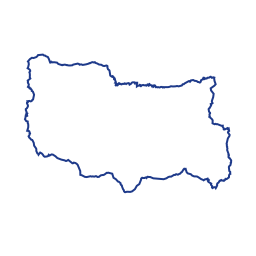 Arefu, Arges, Romania (Robinson projection), rotated 276°
{"feature_id": "2599482B67158814098858", "entity_name": "Arefu", "entity_type": "district", "adm_level": 2, "iso_a3": "ROU", "parent_name": "Romania", "parent_adm1": "Arges", "projection": "robinson", "projection_center": [24.656, 45.456], "detail": "fine", "context": "isolated", "style": "outline", "palette": "blue", "viewbox_px": 256, "rotation_deg": 276, "n_neighbors": 0, "source": "geoboundaries", "source_scale": "gbopen_adm2", "svg_char_len": 5836}
<svg xmlns="http://www.w3.org/2000/svg" viewBox="0 0 256 256"><g transform="rotate(276 128 128)"><path d="M106.6,234.0L108.7,232.2L108.9,231.5L109.7,230.9L111.2,231.2L111.7,230.7L112.1,231.0L116.5,228.9L118.2,229.0L118.9,228.6L119.8,228.6L120.3,228.2L122.1,228.0L122.6,227.7L128.1,228.4L130.7,229.7L131.8,229.8L133.9,227.9L134.8,228.0L135.7,228.9L137.9,228.2L137.5,227.8L137.9,227.6L137.6,227.1L138.2,226.8L136.3,223.8L136.8,224.1L136.6,223.5L136.8,223.3L137.4,223.5L139.2,222.0L140.2,222.0L140.0,220.7L141.2,216.4L141.0,215.6L141.3,214.7L140.8,213.8L141.5,211.6L144.5,211.4L145.8,210.3L146.8,208.8L147.4,208.5L147.6,207.7L148.7,207.9L149.9,207.6L150.6,207.7L151.1,208.1L151.7,208.0L152.7,206.9L155.2,206.2L156.0,206.6L156.2,207.0L159.2,208.3L160.5,207.8L161.1,209.1L161.6,209.5L162.8,208.7L163.7,208.6L167.6,209.5L171.0,209.6L174.0,206.7L176.1,206.1L179.1,209.5L180.7,210.6L183.9,209.1L186.3,208.5L187.0,208.6L187.0,208.2L187.3,208.0L187.3,207.3L186.8,206.7L186.7,206.0L187.6,205.0L187.6,204.6L186.5,203.3L186.3,201.8L185.4,201.1L185.5,200.3L184.9,199.4L185.9,198.5L185.9,197.8L185.4,197.6L185.2,198.1L184.4,198.0L184.4,197.6L183.2,195.7L181.6,195.5L180.7,194.7L181.1,193.3L181.1,192.5L181.5,192.1L181.9,190.8L181.9,189.2L182.5,188.0L182.3,186.7L181.9,186.1L181.9,185.6L180.5,184.8L181.1,183.9L181.0,183.6L178.3,179.7L177.4,178.9L177.2,177.8L175.9,177.1L174.7,174.0L174.9,172.4L174.4,170.9L174.0,168.3L174.0,166.3L173.4,165.3L172.8,163.5L172.5,160.3L172.1,159.8L172.4,159.2L171.9,158.4L172.4,157.6L172.3,156.4L171.6,155.3L171.8,153.6L171.5,153.0L171.7,152.3L171.5,151.4L173.0,150.6L173.2,149.7L171.8,149.2L171.5,148.8L172.5,148.2L172.0,147.5L172.9,147.0L173.0,145.6L174.0,144.7L173.8,144.4L172.8,144.7L172.2,144.2L172.5,143.6L173.1,143.3L173.3,142.8L172.3,142.1L172.0,141.7L172.4,140.9L172.1,139.6L172.4,138.6L171.9,137.3L170.9,136.4L171.0,136.1L172.0,135.9L172.2,135.2L171.3,134.4L170.9,133.2L170.3,132.5L171.4,132.4L172.1,131.9L173.0,132.5L174.0,132.4L173.8,130.6L173.3,130.1L174.0,129.8L174.1,129.4L173.9,127.9L173.4,127.0L172.1,126.2L171.3,125.0L172.6,124.3L172.7,123.8L172.1,122.1L171.5,121.5L172.0,120.5L172.0,119.8L171.4,119.5L171.3,117.6L170.7,117.1L170.7,116.6L171.1,115.8L170.9,115.1L171.6,114.7L171.6,114.2L170.0,113.2L169.5,113.3L169.2,112.9L169.3,111.8L169.1,111.4L169.3,111.2L171.1,111.8L171.4,111.5L171.6,110.6L172.2,111.0L173.0,110.9L173.4,110.5L175.6,109.7L175.3,109.0L176.8,108.7L177.0,107.8L177.8,107.6L178.0,107.2L177.4,106.4L178.3,104.9L183.1,103.6L183.5,103.3L184.3,102.0L186.0,101.2L187.4,101.1L187.7,100.7L187.9,100.0L187.1,97.8L187.3,96.4L188.1,94.9L188.1,92.6L188.9,90.8L189.3,89.0L189.5,88.4L190.0,88.1L189.6,86.9L189.8,85.9L189.5,85.0L188.5,83.5L188.5,82.8L188.0,82.4L186.9,79.6L186.0,76.4L186.4,74.7L185.9,73.2L186.4,72.8L186.8,71.3L185.3,66.8L184.6,66.2L184.1,63.8L184.0,61.8L184.3,60.7L184.1,60.3L184.4,59.1L184.3,57.8L183.8,56.7L183.9,56.0L183.6,55.8L184.4,52.0L185.6,50.6L185.7,47.8L185.5,46.6L185.6,46.2L185.3,45.6L185.5,44.8L185.3,44.5L185.7,44.4L185.2,43.6L188.2,42.2L190.2,40.9L190.9,38.6L191.4,37.9L191.4,36.7L192.1,35.7L191.1,30.9L189.9,30.3L188.9,29.3L187.7,26.7L187.8,25.1L186.2,23.2L183.7,21.5L183.0,22.2L181.0,22.7L177.8,22.3L177.0,21.9L175.8,24.1L175.2,24.6L174.4,24.8L173.1,24.1L172.4,24.5L170.4,24.9L168.2,25.0L167.0,25.7L164.7,23.3L163.4,23.8L163.1,23.6L162.4,23.8L161.0,24.8L159.6,24.7L158.4,24.2L158.0,25.0L158.1,25.5L157.5,25.8L157.7,26.1L157.2,26.5L157.2,26.8L156.7,26.9L156.6,27.5L155.9,28.2L154.8,28.4L154.6,29.1L154.1,29.7L151.3,31.1L146.4,30.6L145.8,29.8L144.8,29.4L144.3,28.5L144.6,27.0L144.1,25.2L143.3,25.7L142.6,24.9L142.1,24.9L140.1,26.1L139.0,26.2L137.1,25.4L136.1,24.4L135.2,24.5L133.2,25.5L131.9,25.4L132.2,25.9L132.0,26.3L131.2,25.9L129.6,26.5L129.4,26.2L129.6,25.0L127.2,24.9L126.0,24.6L124.3,26.0L124.0,27.6L122.3,27.8L121.6,28.3L119.8,28.6L118.1,28.7L115.0,28.1L115.1,28.4L114.5,29.0L114.8,29.5L114.3,30.2L112.4,31.1L112.1,30.7L111.4,30.9L110.1,30.5L109.4,30.0L108.1,30.8L107.7,31.5L106.3,32.9L106.1,34.0L105.3,34.6L103.4,35.8L100.6,36.5L98.1,38.7L97.5,39.0L95.6,39.2L93.3,40.5L93.1,41.3L92.1,41.8L94.4,43.2L93.6,45.0L92.7,46.0L91.2,47.2L90.7,48.2L91.2,50.3L91.7,51.4L93.1,52.0L92.4,52.9L93.7,54.7L93.7,56.0L92.3,58.8L90.7,60.9L89.6,65.0L89.2,68.3L88.7,69.7L88.9,70.4L90.0,71.9L87.1,76.4L87.3,77.2L87.9,77.7L87.7,79.3L87.1,80.6L86.1,81.8L80.2,85.0L76.4,85.5L76.2,87.0L74.9,90.2L74.9,92.1L76.1,95.7L75.9,97.0L76.2,97.9L76.1,99.5L76.8,101.2L76.1,102.9L76.3,103.3L76.3,104.1L78.0,105.8L78.6,107.6L78.6,108.2L79.2,109.4L81.2,111.5L81.2,112.3L81.5,113.0L80.9,117.1L77.0,118.8L75.8,121.3L73.7,123.6L73.6,124.5L72.3,126.4L71.4,126.5L70.6,127.1L70.2,127.9L69.3,128.1L66.6,129.5L65.9,130.2L64.6,130.7L63.9,131.5L63.9,132.1L64.5,133.6L64.7,137.0L65.4,138.7L67.9,141.3L71.4,142.8L73.4,145.1L78.0,146.4L79.1,146.4L80.0,147.3L79.8,148.1L80.0,149.9L80.5,150.3L80.8,151.2L80.3,151.7L81.1,152.1L81.6,152.7L81.4,153.9L81.6,155.1L80.6,158.4L80.8,168.8L82.0,171.5L83.2,172.9L83.9,174.2L84.2,176.1L86.2,178.7L86.2,179.7L87.1,180.7L86.8,182.5L87.9,184.1L88.1,184.7L89.5,185.6L89.8,186.2L92.7,187.6L93.4,188.2L93.4,188.9L92.9,188.6L92.9,189.1L93.2,189.6L90.1,191.0L89.1,192.2L88.6,195.3L87.4,196.8L86.8,198.8L87.0,201.6L86.4,203.1L84.8,206.1L84.2,208.3L83.9,208.7L85.1,210.1L85.1,210.8L85.9,212.3L85.0,212.5L84.9,213.2L85.1,213.5L84.7,213.9L83.5,213.1L82.8,213.6L81.4,216.6L80.3,216.4L78.9,217.8L77.7,217.7L77.1,218.3L78.0,219.6L78.2,220.3L78.0,221.2L77.4,221.6L78.5,222.1L79.2,222.1L79.8,222.6L80.7,222.7L81.4,222.4L82.4,222.8L83.2,223.8L85.0,224.6L85.6,225.4L85.4,225.7L86.0,226.3L85.6,227.0L85.6,227.8L85.9,228.3L85.5,228.9L86.4,229.8L87.4,230.2L87.2,230.5L87.6,231.5L89.4,233.5L91.8,233.5L93.2,234.2L93.2,234.5L95.1,234.2L95.6,233.4L96.0,233.2L99.7,232.4L100.5,232.6L101.7,233.7L103.9,234.0L104.1,233.8L104.5,234.1L106.6,234.0Z" fill="none" stroke="#1e3a8a" stroke-width="2"/></g></svg>